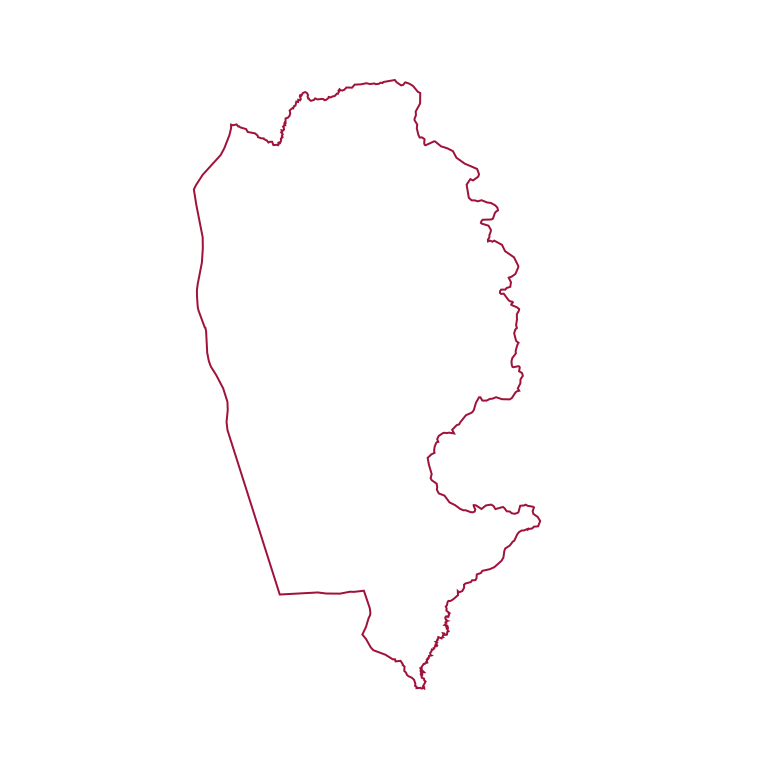 Choam Ksant, Preah Vihéar, Cambodia (Albers equal-area conic projection), rotated 72°
{"feature_id": "14789045B63447960105110", "entity_name": "Choam Ksant", "entity_type": "district", "adm_level": 2, "iso_a3": "KHM", "parent_name": "Cambodia", "parent_adm1": "Preah Vihéar", "projection": "albers", "projection_center": [104.9, 14.186], "detail": "fine", "context": "isolated", "style": "outline", "palette": "rose", "viewbox_px": 768, "rotation_deg": 72, "n_neighbors": 0, "source": "geoboundaries", "source_scale": "gbopen_adm2", "svg_char_len": 6098}
<svg xmlns="http://www.w3.org/2000/svg" viewBox="0 0 768 768"><g transform="rotate(72 384 384)"><path d="M686.0,439.8L684.6,439.5L683.6,440.3L679.8,436.4L678.3,437.3L676.6,437.0L675.0,438.8L673.9,438.7L672.4,437.4L671.8,437.5L672.5,438.6L671.2,438.7L670.2,436.8L670.6,434.9L668.4,436.1L668.9,437.9L668.1,437.9L667.7,437.1L665.5,437.3L665.4,436.7L666.3,436.1L664.8,435.7L662.5,432.8L662.8,431.7L662.3,431.1L662.3,429.1L661.1,429.5L660.8,428.6L659.2,428.4L659.2,427.2L658.3,427.0L658.3,426.0L656.6,425.3L656.8,422.8L656.0,423.5L654.0,423.2L653.0,421.6L651.3,420.6L651.8,419.9L651.2,418.5L650.6,418.4L650.8,417.8L648.3,415.9L649.6,414.9L649.2,414.2L647.0,414.6L646.4,413.5L645.2,414.4L645.2,413.4L643.6,412.3L643.8,411.8L641.5,410.6L643.7,407.9L643.1,407.5L643.1,406.2L642.6,406.5L641.2,405.4L641.2,404.6L639.3,404.9L639.9,403.8L641.6,403.2L641.8,401.6L639.3,400.4L639.1,399.0L636.5,399.8L636.1,398.6L633.9,398.4L633.5,398.6L634.3,399.8L632.7,399.8L632.0,400.8L631.7,399.5L630.0,399.3L630.2,398.4L628.9,398.2L628.9,397.1L628.4,397.9L627.4,397.4L626.4,398.1L624.9,397.8L624.2,396.7L625.2,395.3L624.7,395.1L625.0,394.5L622.9,393.0L622.5,393.3L622.1,392.5L618.8,394.7L616.8,393.8L614.7,394.0L614.0,392.6L610.9,390.8L610.2,389.7L610.9,387.8L610.2,384.9L607.7,378.9L603.8,377.8L605.3,377.0L605.1,373.5L602.4,370.7L599.6,369.9L598.9,368.3L599.2,362.6L597.9,360.9L598.8,357.7L597.4,356.1L593.8,354.6L593.7,350.3L592.1,348.3L592.8,340.5L592.3,335.7L588.4,326.8L586.0,324.1L579.7,321.0L577.9,319.5L576.5,314.3L573.7,310.2L573.3,308.5L568.1,303.7L566.5,301.2L565.9,298.2L566.5,296.4L566.2,291.9L566.9,292.1L566.6,290.9L567.2,287.7L566.0,285.6L567.0,281.4L562.6,277.8L558.0,278.9L553.7,282.1L550.8,281.9L547.7,279.5L546.7,280.3L544.4,284.8L542.5,286.7L542.8,288.2L541.9,292.1L547.4,295.7L547.9,296.9L547.8,299.9L546.3,302.6L544.2,303.7L543.0,306.6L539.1,307.9L537.7,308.9L537.4,316.7L533.8,317.6L531.8,319.4L531.0,324.6L533.0,329.9L527.8,334.1L526.9,336.1L527.6,336.4L531.7,336.0L533.3,337.2L533.5,339.2L532.7,341.1L529.3,345.4L528.7,347.4L526.4,350.1L521.1,353.9L516.8,358.3L508.8,361.0L505.0,365.7L500.9,366.4L498.7,365.3L495.1,364.7L490.3,368.3L488.1,368.8L484.4,366.5L474.3,366.2L467.7,365.3L465.5,360.5L465.1,357.2L463.0,357.0L459.1,355.1L456.2,352.6L455.6,351.6L455.8,350.3L452.8,350.4L450.3,348.0L448.9,343.1L449.1,341.4L450.0,339.8L450.4,337.1L452.7,332.6L448.6,333.3L445.6,327.6L445.6,324.9L444.1,323.5L439.0,315.7L438.4,309.7L437.6,307.9L436.1,306.3L430.2,302.3L426.0,297.7L426.5,296.4L429.9,295.7L430.4,295.0L431.5,291.6L430.9,287.8L431.5,285.1L431.2,281.5L434.9,276.5L437.5,269.1L436.7,266.5L432.6,261.5L432.0,259.8L432.2,257.5L429.5,258.1L425.5,254.1L421.7,252.7L419.2,249.5L418.3,249.3L416.2,249.4L413.6,251.6L410.3,249.8L409.2,249.9L408.6,250.7L408.0,255.8L407.5,256.5L405.3,256.6L401.7,255.7L398.9,253.9L395.7,249.2L393.1,248.5L387.9,245.0L386.4,243.3L384.3,244.8L382.7,245.0L375.9,244.5L372.7,242.2L371.8,240.3L368.8,240.2L364.0,237.7L358.7,236.1L356.2,233.3L354.5,232.3L352.2,233.8L348.2,238.4L347.5,238.4L346.3,236.3L345.5,236.4L344.1,238.8L342.4,239.8L335.1,242.2L334.5,244.8L333.1,245.6L331.3,244.7L330.4,243.4L331.7,239.4L330.6,237.8L330.6,233.9L326.5,231.8L321.4,232.5L321.4,229.7L320.0,225.1L314.6,220.3L313.4,219.8L303.7,221.2L295.1,227.8L288.1,228.8L281.7,234.9L282.2,236.9L280.4,238.8L280.5,241.0L278.9,240.6L277.0,238.4L275.0,237.8L272.1,235.4L270.4,234.7L265.7,235.7L261.7,241.5L260.7,242.1L259.0,240.8L258.3,239.3L260.7,231.1L260.4,229.3L255.8,225.8L254.8,224.5L254.1,221.9L251.3,221.7L248.5,223.0L244.9,226.3L243.3,229.7L239.4,234.4L239.2,238.5L237.5,240.8L236.4,243.9L233.1,245.8L219.9,243.8L215.9,238.6L217.9,236.4L215.9,230.3L213.9,228.8L208.3,229.0L199.3,239.2L191.2,245.2L183.8,246.5L179.3,251.1L175.6,256.3L169.3,260.3L168.7,261.3L169.8,270.8L169.0,271.4L167.5,271.4L163.7,269.8L161.2,271.7L160.6,273.9L157.6,274.3L150.9,273.8L147.5,272.2L142.7,273.4L141.3,273.1L138.3,270.6L134.6,269.6L128.4,263.0L118.4,259.6L116.6,261.5L109.5,264.3L106.3,267.0L103.8,270.3L103.8,271.0L105.4,273.2L105.3,275.4L100.9,278.8L98.2,279.8L96.6,291.3L97.3,292.4L96.4,294.1L96.9,296.2L96.3,299.2L95.2,300.3L94.4,304.6L92.5,307.8L91.8,313.7L90.2,319.4L92.3,322.8L90.4,328.1L91.9,330.9L92.0,332.7L91.4,334.5L89.9,335.2L90.9,336.6L91.8,336.3L93.7,338.1L93.3,339.0L94.9,342.0L94.6,343.9L95.0,346.0L93.9,347.9L94.9,348.5L95.9,351.4L95.6,353.0L94.5,353.4L93.7,354.8L92.7,359.6L91.1,361.2L92.2,363.0L92.1,366.0L90.6,367.1L89.3,367.2L89.0,367.9L86.8,367.8L85.7,366.9L83.2,367.5L82.0,368.8L82.2,371.4L84.3,373.4L83.4,374.1L83.4,374.6L84.6,375.2L87.2,375.0L88.3,376.1L87.2,377.8L89.2,378.6L88.3,380.1L91.9,382.2L91.9,383.7L93.8,385.1L93.3,385.8L94.7,389.2L97.5,389.5L99.9,391.1L101.0,393.1L101.0,395.5L104.0,396.6L104.5,397.7L105.5,398.2L105.8,397.2L106.3,397.6L107.0,398.6L107.4,398.4L107.3,399.3L108.1,400.5L108.9,400.0L110.9,400.4L111.8,401.3L111.0,403.0L112.9,403.2L113.0,404.0L115.2,403.1L116.2,404.3L117.7,404.2L117.6,404.9L118.5,405.2L118.8,406.2L120.8,406.7L122.6,408.3L121.8,409.0L121.9,409.9L123.6,410.1L124.2,411.0L123.4,411.9L122.6,415.4L119.1,415.5L118.4,417.4L118.6,419.3L116.3,420.1L114.1,422.4L113.3,422.5L112.4,424.8L110.2,427.6L108.7,427.4L105.8,429.2L102.2,435.7L98.9,436.4L95.6,441.3L94.2,442.2L94.1,443.0L91.6,444.0L91.2,447.8L90.1,449.3L93.5,450.4L99.4,454.0L110.4,463.0L115.7,468.5L129.0,491.8L136.8,501.4L140.2,504.7L155.2,507.1L188.4,511.1L199.0,514.4L212.1,519.6L231.6,530.4L236.9,532.9L242.2,534.6L253.4,537.4L256.8,537.7L274.9,537.0L275.2,536.5L278.9,536.9L299.7,542.5L308.1,543.5L313.9,543.3L323.8,540.8L338.5,538.3L352.5,538.4L360.3,540.6L371.5,545.5L379.4,547.1L552.0,548.2L561.8,511.4L565.4,503.7L569.8,490.6L571.0,480.7L572.4,476.9L574.4,467.0L592.8,466.8L597.1,467.6L599.5,468.6L601.8,470.9L609.6,476.3L615.6,482.0L620.9,479.9L630.4,478.0L633.9,476.4L641.9,466.3L648.6,460.7L649.2,458.6L651.4,458.7L652.4,453.8L656.4,452.7L657.0,453.1L659.1,451.8L663.1,453.4L665.3,452.2L667.6,452.1L669.4,451.1L671.8,448.4L674.6,446.8L678.7,446.8L680.8,447.7L681.9,446.6L683.3,447.1L684.2,443.3L685.4,442.1L685.0,440.8L686.0,439.8Z" fill="none" stroke="#9f1239" stroke-width="2"/></g></svg>